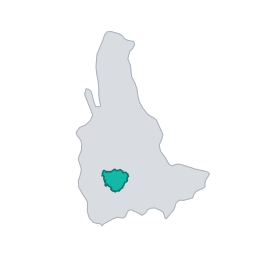 location of San José de Las Matas, Santiago, Dominican Republic, rotated 253°
{"feature_id": "3306468B48570951315042", "entity_name": "San José de Las Matas", "entity_type": "district", "adm_level": 2, "iso_a3": "DOM", "parent_name": "Dominican Republic", "parent_adm1": "Santiago", "projection": "albers", "projection_center": [-71.019, 19.237], "detail": "fine", "context": "in_parent", "style": "filled", "palette": "teal", "viewbox_px": 256, "rotation_deg": 253, "n_neighbors": 0, "source": "geoboundaries", "source_scale": "gbopen_adm2", "svg_char_len": 5135}
<svg xmlns="http://www.w3.org/2000/svg" viewBox="0 0 256 256"><g transform="rotate(253 128 128)"><path d="M42.2,169.5L42.5,160.2L43.9,156.4L42.6,152.4L36.7,148.2L33.1,142.7L29.9,137.9L30.6,137.2L37.1,137.0L39.4,135.2L43.7,130.3L44.6,126.3L44.3,123.3L41.5,119.7L40.4,115.9L43.9,112.6L48.4,107.8L49.0,106.0L48.9,104.1L43.7,99.0L43.3,96.9L45.8,91.4L45.6,87.7L43.2,76.3L42.0,74.6L44.4,73.6L45.9,70.3L48.0,67.2L50.8,65.6L53.8,64.6L60.0,64.7L68.5,67.4L71.0,67.3L79.1,64.9L85.9,63.6L92.3,65.1L94.9,67.2L100.2,70.4L102.9,71.4L111.2,71.3L113.5,71.6L120.5,77.0L126.4,79.1L129.9,79.2L136.0,77.1L139.0,77.1L142.6,81.7L143.3,88.3L146.3,94.3L150.8,98.1L172.9,96.3L177.8,99.4L176.2,102.1L173.1,103.5L162.5,103.0L157.9,103.3L157.0,105.9L157.0,108.3L163.2,108.8L169.3,110.0L175.4,111.9L181.7,113.1L188.8,113.9L195.7,115.2L207.4,119.8L220.3,130.4L223.8,132.8L226.1,136.1L225.1,140.3L220.6,147.2L218.0,149.4L214.3,150.8L211.7,153.6L209.3,158.4L207.7,158.8L205.9,158.7L202.8,156.0L200.6,151.9L194.3,148.1L187.0,148.7L176.1,146.5L169.5,147.7L163.0,148.0L156.2,146.9L149.5,146.5L142.7,148.0L136.2,150.5L133.8,152.1L129.6,156.0L127.4,157.5L111.5,159.5L106.9,156.7L102.6,152.8L96.5,152.3L87.6,155.3L82.0,156.4L79.8,157.7L79.1,159.1L79.1,164.6L77.8,167.9L69.1,180.3L64.2,189.1L62.2,191.8L59.9,192.4L55.6,187.3L52.9,185.5L49.5,184.6L48.1,181.9L48.1,178.1L47.3,174.4L45.2,171.4L42.2,169.5Z" fill="#d9dde1" stroke="#a8b0b8" stroke-width="1"/><path d="M88.2,110.4L88.3,110.2L88.6,109.8L88.7,109.6L88.8,109.5L89.1,109.4L89.3,109.2L89.6,109.1L89.8,109.0L90.3,108.5L90.4,108.4L90.5,108.2L90.5,107.5L90.5,107.3L90.4,107.2L90.3,106.9L90.0,106.4L90.0,106.2L90.3,105.9L90.4,105.7L90.5,105.6L90.5,105.1L90.6,104.8L90.6,104.4L90.7,104.2L90.9,104.1L91.0,103.8L91.2,103.7L91.3,103.7L91.6,103.7L91.8,103.9L92.0,103.8L92.1,103.5L92.1,103.4L92.3,103.3L92.4,103.1L92.4,102.5L92.4,102.3L92.3,102.2L92.0,101.7L91.9,101.6L91.9,101.3L91.8,101.1L91.7,100.9L91.6,100.7L91.5,100.4L91.4,100.2L91.4,99.9L91.4,99.7L91.5,99.4L91.4,99.3L91.2,99.0L91.1,98.9L91.1,98.6L91.3,98.3L91.5,98.1L91.7,97.9L91.6,97.6L91.6,97.3L91.6,97.2L92.0,96.4L92.0,96.2L92.0,95.8L92.1,95.7L92.3,95.5L92.6,95.4L92.7,95.2L92.5,94.9L92.2,94.9L91.9,94.6L91.9,94.4L92.0,94.2L92.3,94.1L92.8,94.1L93.1,93.8L93.4,93.5L93.6,93.4L93.8,93.3L94.0,93.0L94.1,92.9L94.3,92.9L94.4,92.7L94.4,92.3L94.2,91.9L94.1,91.7L93.9,91.6L93.5,91.3L93.4,91.3L93.0,91.3L92.9,91.2L92.6,90.6L92.5,90.4L92.3,90.3L92.0,90.3L91.9,90.3L91.8,90.2L91.6,90.1L91.4,90.0L91.1,90.0L90.9,90.0L90.8,89.9L90.6,89.7L90.4,89.6L90.1,89.4L90.1,89.7L90.1,90.1L90.1,90.3L89.9,90.4L89.7,90.3L89.5,90.2L89.4,90.2L89.2,90.2L89.1,90.4L88.9,90.5L88.7,90.9L88.4,90.9L88.2,90.9L87.7,90.5L87.5,90.4L87.4,90.3L87.1,90.2L86.8,90.0L86.6,90.0L86.4,90.0L86.2,90.0L85.7,90.0L85.4,90.0L85.2,90.0L85.1,90.3L85.0,90.5L84.8,90.8L84.6,91.1L84.4,91.2L84.2,90.9L84.1,90.5L84.1,90.4L84.0,90.2L83.9,90.1L83.6,90.0L83.5,89.9L83.3,89.9L83.1,89.9L83.0,90.0L82.9,90.0L82.5,90.3L82.1,90.5L81.9,90.5L81.5,90.3L81.0,89.8L80.8,89.7L80.7,89.6L80.3,89.5L80.1,89.4L79.8,89.5L79.5,89.6L79.4,89.7L79.3,89.9L79.2,90.0L78.9,90.1L78.9,90.3L79.0,90.4L79.2,90.5L79.3,90.7L79.5,91.0L79.3,91.4L79.2,91.5L79.3,91.6L79.9,91.7L80.1,91.7L80.1,91.8L80.1,92.0L79.8,92.1L79.6,92.2L79.5,92.3L79.3,92.3L78.8,92.3L78.6,92.3L77.9,92.7L77.8,92.8L77.7,92.9L77.7,93.0L77.7,93.3L77.6,93.5L77.3,93.7L77.1,93.6L76.9,93.6L76.7,93.7L76.5,93.9L76.4,94.0L76.0,94.0L75.9,94.1L76.0,94.3L75.9,94.4L75.9,94.6L75.4,94.7L75.2,94.8L74.9,94.6L74.8,94.4L74.8,94.0L74.7,93.9L74.6,93.7L74.4,93.8L74.2,94.0L73.8,94.2L73.6,94.1L73.4,94.1L73.2,94.2L73.1,94.3L72.9,94.5L72.6,94.7L72.5,94.8L72.4,94.9L72.4,95.1L72.2,95.3L71.9,95.4L71.9,95.5L72.0,95.7L72.1,96.2L72.2,96.4L72.1,96.5L71.5,96.6L71.4,96.5L71.4,96.4L71.2,96.4L71.1,96.5L71.0,96.8L70.9,97.0L70.7,97.2L70.6,97.3L70.7,97.5L70.8,97.8L71.1,98.2L71.2,98.3L71.1,98.7L71.0,98.9L71.0,99.0L70.9,99.2L70.9,99.6L71.0,99.9L71.2,100.4L71.2,100.5L71.1,100.8L70.9,100.8L70.6,100.7L70.4,100.8L70.3,101.0L70.6,101.3L70.7,101.6L71.0,101.9L71.0,102.0L71.3,102.0L71.4,102.4L71.5,102.5L71.8,102.7L71.9,102.8L71.9,103.2L71.9,103.4L71.8,103.6L72.0,103.9L72.1,104.0L72.3,104.4L72.4,104.6L72.4,105.2L72.4,105.3L72.5,105.6L72.9,105.5L73.1,105.5L73.5,105.7L73.6,105.8L73.9,106.1L74.0,106.4L74.0,106.5L74.0,106.8L74.2,107.1L74.4,107.1L75.2,107.6L75.4,107.6L75.6,107.8L75.8,108.0L75.9,108.3L76.1,108.5L76.3,108.7L76.8,108.9L76.9,109.0L77.0,109.2L77.0,109.6L77.1,109.9L77.1,110.1L77.1,110.3L77.1,110.5L77.0,110.8L77.1,111.0L77.2,111.3L77.4,111.5L77.5,111.6L77.9,111.9L78.4,112.1L78.6,112.3L78.8,112.3L79.0,112.1L79.4,112.2L79.7,112.3L79.9,112.4L80.2,112.4L80.3,112.5L80.7,112.8L81.0,112.9L81.1,113.0L81.3,113.3L81.4,113.6L81.3,113.9L81.3,114.0L81.5,114.2L82.0,114.2L82.2,114.3L82.3,114.3L82.6,114.1L82.8,114.0L83.2,114.0L83.3,114.0L83.5,113.9L83.8,113.9L83.9,114.0L84.0,114.2L84.0,114.3L84.3,114.2L84.5,113.9L84.6,113.7L84.8,113.6L85.1,113.4L85.4,113.4L85.9,113.1L86.2,113.0L86.3,112.8L86.4,112.5L86.5,112.2L86.4,112.1L86.4,111.9L86.4,111.6L86.5,111.4L86.5,111.1L86.5,110.6L86.8,110.3L86.9,110.1L87.0,110.1L87.4,110.1L87.6,110.1L87.9,110.3L88.2,110.4Z" fill="#14b8a6" stroke="#0f766e" stroke-width="1.5"/></g></svg>